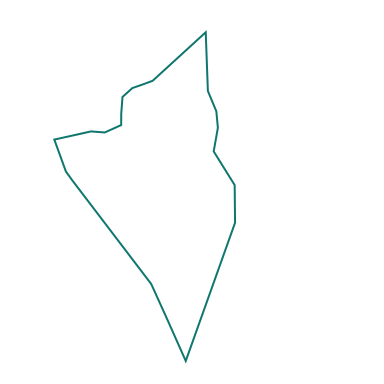 outline of Major Sales, Rio Grande do Norte, Brazil, rotated 321°
{"feature_id": "56859067B32083777691095", "entity_name": "Major Sales", "entity_type": "district", "adm_level": 2, "iso_a3": "BRA", "parent_name": "Brazil", "parent_adm1": "Rio Grande do Norte", "projection": "robinson", "projection_center": [-38.314, -6.411], "detail": "fine", "context": "isolated", "style": "outline", "palette": "teal", "viewbox_px": 384, "rotation_deg": 321, "n_neighbors": 0, "source": "geoboundaries", "source_scale": "gbopen_adm2", "svg_char_len": 416}
<svg xmlns="http://www.w3.org/2000/svg" viewBox="0 0 384 384"><g transform="rotate(321 192 192)"><path d="M118.0,64.6L106.9,96.7L106.3,107.1L102.4,237.9L92.8,274.7L80.8,319.4L206.1,243.0L229.5,213.5L234.4,174.1L252.5,158.4L261.7,144.6L267.9,123.5L303.2,76.5L231.4,80.8L220.5,77.1L211.1,73.7L197.8,74.4L186.2,86.7L179.1,95.4L161.6,90.8L151.7,81.4L118.0,64.6Z" fill="none" stroke="#0f766e" stroke-width="2"/></g></svg>